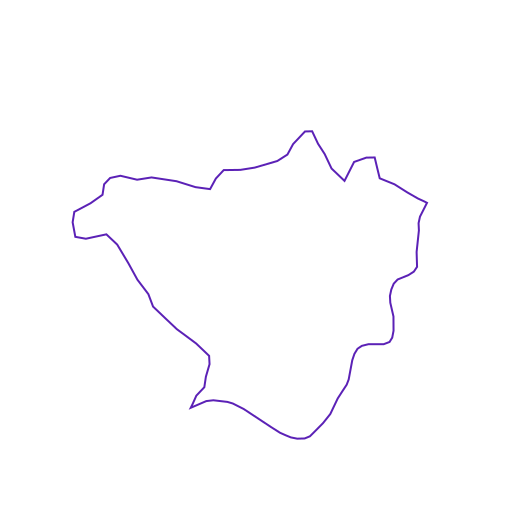 the district of Rinsan, Hwanghae-bukto, North Korea, rotated 313°
{"feature_id": "82179303B26506354510144", "entity_name": "Rinsan", "entity_type": "district", "adm_level": 2, "iso_a3": "PRK", "parent_name": "North Korea", "parent_adm1": "Hwanghae-bukto", "projection": "natural_earth1", "projection_center": [126.038, 38.316], "detail": "fine", "context": "isolated", "style": "outline", "palette": "violet", "viewbox_px": 512, "rotation_deg": 313, "n_neighbors": 0, "source": "geoboundaries", "source_scale": "gbopen_adm2", "svg_char_len": 1325}
<svg xmlns="http://www.w3.org/2000/svg" viewBox="0 0 512 512"><g transform="rotate(313 256 256)"><path d="M216.6,411.3L223.7,410.1L228.9,408.0L245.4,397.5L251.6,394.7L257.5,393.5L262.5,394.7L268.2,398.4L278.5,409.5L284.2,412.3L289.2,411.3L295.1,407.6L305.5,397.8L313.4,386.1L318.1,381.2L323.8,377.8L329.7,375.6L335.4,375.6L346.0,380.5L352.2,382.1L357.9,381.2L368.5,370.7L385.8,357.7L390.9,352.5L396.6,349.1L411.5,344.8L410.6,341.6L408.5,335.3L405.7,323.3L402.9,308.4L397.2,293.5L403.1,284.5L409.0,275.6L403.2,269.6L391.7,263.6L371.3,269.5L371.5,251.6L377.4,236.7L380.4,224.8L385.5,212.0L380.5,206.9L363.2,206.8L351.6,209.8L340.0,206.8L319.8,194.8L308.3,185.8L296.8,173.8L285.3,173.8L273.6,176.8L265.1,164.8L256.5,146.9L242.2,126.0L230.7,117.0L222.2,102.1L213.6,96.1L204.9,96.0L196.1,102.0L181.7,99.0L164.4,93.0L155.6,98.9L146.8,110.8L152.6,119.8L155.9,122.1L161.2,125.8L169.8,131.8L169.7,146.7L163.7,167.5L157.8,185.4L154.7,203.3L148.8,215.2L148.6,233.1L148.5,248.0L151.2,271.9L151.0,289.8L145.2,295.8L133.5,301.7L124.8,307.7L113.2,307.6L104.5,310.6L100.5,311.8L116.0,318.6L121.4,323.2L129.8,334.6L132.3,339.6L135.7,351.3L141.2,383.9L143.1,394.1L145.1,399.9L147.1,405.2L150.5,410.7L155.7,416.0L160.9,418.4L166.2,418.6L179.4,419.0L191.1,418.1L207.6,412.9L216.6,411.3Z" fill="none" stroke="#5b21b6" stroke-width="2"/></g></svg>